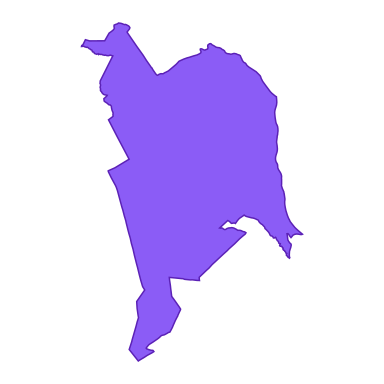 outline of Kinangop, Central, Kenya
{"feature_id": "3690345B46347977633631", "entity_name": "Kinangop", "entity_type": "district", "adm_level": 2, "iso_a3": "KEN", "parent_name": "Kenya", "parent_adm1": "Central", "projection": "orthographic", "projection_center": [36.624, -0.731], "detail": "fine", "context": "isolated", "style": "filled", "palette": "violet", "viewbox_px": 384, "rotation_deg": 0, "n_neighbors": 0, "source": "geoboundaries", "source_scale": "gbopen_adm2", "svg_char_len": 5922}
<svg xmlns="http://www.w3.org/2000/svg" viewBox="0 0 384 384"><path d="M275.6,160.1L275.5,158.6L275.6,157.0L276.0,155.3L277.0,152.1L277.3,150.5L277.4,148.8L277.1,145.5L276.6,142.5L276.6,141.3L277.1,137.6L277.2,136.1L277.6,134.7L277.8,132.3L278.0,131.0L277.9,128.5L277.6,126.5L276.9,124.7L276.5,124.1L275.9,122.4L275.1,117.3L274.8,114.1L274.7,112.4L274.9,110.6L275.3,109.0L276.5,105.1L276.8,102.4L276.7,100.2L276.4,96.7L275.7,96.4L272.0,93.4L270.6,92.0L270.1,91.4L265.6,85.4L262.7,81.4L262.0,80.0L261.2,78.5L260.7,76.9L260.3,76.0L259.8,75.4L256.1,71.7L248.8,67.0L246.9,65.4L246.4,64.4L245.7,63.5L244.9,62.8L243.9,62.4L243.2,61.7L242.2,60.1L241.9,59.2L241.1,57.7L240.3,55.7L239.5,55.1L238.9,54.9L237.3,54.4L236.4,53.9L234.6,53.5L233.7,53.5L230.8,54.3L230.1,54.0L226.8,53.5L225.5,52.6L225.0,52.0L224.8,51.3L224.3,50.7L223.1,49.8L222.4,49.6L221.1,48.5L219.9,47.9L218.9,47.6L218.0,47.6L216.2,47.2L215.3,46.7L214.5,46.1L211.9,44.7L211.2,43.9L210.4,43.6L209.4,43.8L207.8,45.1L207.7,46.6L208.0,47.4L207.6,49.0L206.2,49.5L204.9,50.1L204.0,49.9L203.0,49.5L202.3,49.1L201.4,48.8L200.4,48.9L200.2,49.6L200.4,50.3L200.9,51.1L201.0,51.9L200.8,52.8L199.8,53.6L197.2,54.9L193.6,55.9L189.3,57.3L187.0,57.9L185.1,58.6L183.7,59.1L179.5,61.0L178.7,61.5L178.1,62.3L176.2,64.3L174.8,65.5L168.4,70.9L165.7,72.3L164.9,72.6L163.0,73.8L161.6,73.7L160.7,73.7L159.8,74.0L158.9,74.4L157.6,75.3L156.7,74.9L156.0,74.2L155.4,73.4L153.0,69.9L152.4,68.9L152.1,68.1L151.4,67.6L150.6,66.4L146.4,60.4L143.1,55.2L137.0,46.7L127.4,32.7L127.1,32.0L129.5,28.9L129.9,27.7L129.3,26.7L128.7,26.0L126.5,24.8L125.3,24.4L124.4,24.6L121.9,23.6L120.8,23.3L118.5,23.0L117.6,23.7L116.7,24.1L115.9,24.3L114.1,25.1L114.0,26.4L114.1,27.3L114.4,28.2L114.0,29.0L112.9,30.3L110.8,31.9L109.1,33.1L104.7,40.8L89.6,40.9L85.4,39.7L82.9,44.8L82.3,45.1L81.7,45.6L81.5,46.5L83.4,46.3L84.4,46.5L85.0,47.0L85.8,47.1L86.8,47.4L87.5,47.3L88.3,47.8L89.2,48.7L90.2,49.1L90.9,49.8L91.8,50.1L92.2,50.8L92.3,51.5L92.8,52.0L93.6,52.0L94.1,52.6L94.4,53.4L95.3,53.8L96.1,54.0L96.7,54.3L98.2,53.7L98.6,54.6L99.6,54.1L100.6,54.5L101.8,54.4L103.0,55.0L103.9,55.1L104.6,55.3L105.5,55.1L106.5,55.5L108.0,55.7L108.9,55.6L110.2,55.1L112.8,55.9L100.2,81.0L100.2,82.0L100.0,83.4L100.4,84.2L100.6,85.2L100.1,87.3L100.6,89.1L100.4,89.9L100.5,90.6L100.9,91.2L101.6,91.9L101.9,92.7L103.4,94.3L104.3,94.7L107.2,95.3L106.5,96.4L105.7,97.0L104.9,97.8L103.9,98.6L104.0,100.2L104.3,101.3L107.4,103.4L108.3,104.3L109.1,104.9L110.2,104.9L110.9,105.6L111.4,106.4L111.4,107.4L111.6,108.4L112.1,110.5L112.9,112.3L113.1,113.4L112.9,114.9L113.1,115.8L112.9,116.5L108.5,119.8L117.1,136.5L129.1,159.2L114.9,167.8L108.2,170.8L108.3,171.6L111.2,177.6L115.6,185.7L116.3,187.3L117.4,190.5L121.8,206.8L122.8,210.0L124.4,216.2L125.0,218.1L125.8,220.9L126.2,222.8L128.0,230.1L128.9,233.5L130.3,238.3L131.4,243.4L133.0,249.0L134.4,255.3L136.6,264.0L137.6,267.7L139.5,275.5L140.8,280.5L142.5,286.2L142.9,287.1L143.5,288.0L144.7,290.0L136.7,301.5L137.1,308.4L138.1,315.4L138.5,317.7L137.2,321.8L136.1,326.1L132.2,339.7L131.7,341.8L129.2,349.5L138.3,361.0L139.3,360.3L144.8,357.0L147.2,355.4L149.6,354.1L151.9,352.9L153.9,351.6L153.1,350.5L152.3,350.3L151.4,350.3L150.5,350.1L148.7,349.6L147.3,349.0L146.6,348.8L146.2,348.1L146.8,347.2L148.6,345.0L149.3,344.4L153.1,342.0L155.7,340.2L157.6,338.9L159.5,337.4L160.8,336.1L161.6,335.5L162.3,335.3L164.4,334.8L167.0,333.4L168.4,332.5L169.9,332.1L171.2,329.7L172.4,327.4L173.1,325.6L175.4,320.4L177.2,316.9L177.7,316.1L177.9,315.3L179.6,311.6L180.4,310.0L180.6,309.1L180.1,308.4L179.6,307.5L175.0,300.9L174.0,299.5L171.7,296.4L170.7,288.5L170.6,287.5L170.4,285.6L169.6,280.3L169.3,277.4L176.8,278.1L181.5,278.6L183.1,278.7L184.5,279.3L187.3,279.6L190.4,279.9L192.2,279.8L197.0,280.4L199.5,280.5L199.3,279.3L199.2,277.3L206.4,270.4L208.9,268.2L212.1,264.6L223.5,254.0L227.3,250.6L228.8,249.0L234.7,243.7L239.4,239.0L241.1,237.5L243.1,235.8L245.1,234.2L246.0,232.8L244.9,232.0L244.1,231.7L243.2,231.6L240.8,230.5L239.6,230.3L237.7,230.3L236.5,229.4L235.3,228.8L234.2,228.2L233.3,227.9L231.8,227.6L230.1,227.9L228.9,227.9L227.0,228.5L225.7,229.4L224.8,229.6L223.5,229.1L222.7,228.3L222.0,228.0L220.4,228.2L219.6,228.0L227.8,220.5L229.0,221.2L230.1,222.1L230.8,222.9L231.6,223.4L233.9,223.0L234.7,223.1L235.4,223.5L237.3,220.8L238.2,219.7L239.0,218.8L239.8,218.1L243.2,215.8L244.1,215.1L245.4,216.0L246.2,216.4L251.0,217.7L252.0,217.9L252.8,218.0L254.0,218.3L255.6,218.9L256.5,219.4L257.6,219.8L258.4,220.4L258.7,221.2L259.5,222.4L260.4,223.3L261.1,223.9L262.5,224.7L263.0,225.4L264.5,226.9L264.9,227.9L265.0,228.6L265.8,229.2L267.7,231.2L268.5,232.1L269.3,233.3L270.1,235.1L270.6,235.7L271.8,236.0L272.7,236.5L273.3,237.8L274.0,238.1L275.6,237.3L276.0,237.9L276.3,238.9L277.4,240.7L278.2,241.3L278.5,241.9L278.7,243.0L279.3,243.5L280.3,243.7L280.1,244.5L279.6,245.2L279.8,245.9L280.4,246.3L281.3,246.2L282.0,246.6L282.3,247.5L283.2,248.2L282.9,249.0L283.5,250.1L284.6,250.6L284.8,251.4L285.5,251.9L285.9,253.1L286.8,253.4L286.5,254.1L286.3,255.1L287.4,256.3L288.0,257.2L289.5,258.2L289.8,257.5L289.4,256.7L289.3,254.8L289.5,251.3L289.8,250.4L290.0,249.6L290.3,248.8L290.7,247.6L291.2,245.3L291.1,244.2L290.5,243.5L289.8,243.0L289.3,242.3L288.3,240.8L287.9,239.9L287.7,238.8L287.5,236.8L287.0,233.7L288.0,233.6L288.7,234.4L289.9,236.3L291.0,237.6L291.8,236.7L293.1,235.1L294.8,234.3L296.7,234.0L298.7,234.2L299.7,234.4L300.9,234.6L301.9,234.5L302.5,234.2L302.0,233.8L298.3,230.7L295.9,228.5L294.7,227.3L292.3,224.3L290.2,221.6L289.2,219.4L288.8,218.8L288.4,217.9L287.4,215.4L286.0,210.9L285.7,209.6L285.2,207.1L284.8,204.6L284.7,203.1L284.7,201.2L284.9,200.0L284.9,198.7L284.2,193.8L283.9,192.6L283.8,191.8L282.4,188.6L281.5,185.8L281.5,185.1L281.6,184.1L281.6,183.1L281.6,179.5L281.5,178.4L281.6,176.2L281.4,175.2L281.1,174.1L280.4,172.6L278.5,169.6L278.2,168.9L277.8,167.9L277.6,164.8L277.1,163.5L276.5,162.6L276.1,161.9L275.6,160.1Z" fill="#8b5cf6" stroke="#5b21b6" stroke-width="1.5"/></svg>